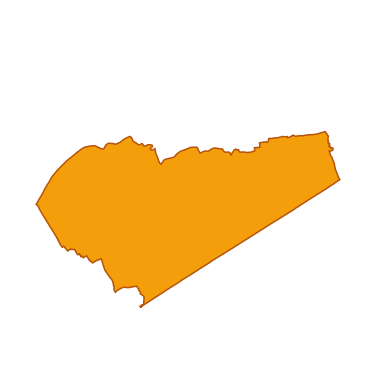 the district of Hua Sai, Nakhon Si Thammarat, Thailand, rotated 66°
{"feature_id": "78962969B3746185944744", "entity_name": "Hua Sai", "entity_type": "district", "adm_level": 2, "iso_a3": "THA", "parent_name": "Thailand", "parent_adm1": "Nakhon Si Thammarat", "projection": "robinson", "projection_center": [100.249, 8.028], "detail": "fine", "context": "isolated", "style": "filled", "palette": "amber", "viewbox_px": 384, "rotation_deg": 66, "n_neighbors": 0, "source": "geoboundaries", "source_scale": "gbopen_adm2", "svg_char_len": 5869}
<svg xmlns="http://www.w3.org/2000/svg" viewBox="0 0 384 384"><g transform="rotate(66 192 192)"><path d="M140.0,339.3L140.1,339.2L140.4,339.2L141.2,338.7L142.8,338.3L145.3,338.4L149.0,338.0L152.7,337.6L161.1,336.4L165.5,335.9L169.5,335.3L171.2,335.0L175.5,334.5L179.2,333.9L179.2,334.1L182.3,333.7L182.3,334.0L185.5,333.5L185.6,333.8L186.6,333.7L189.8,332.9L189.4,331.2L193.9,330.0L194.1,329.9L195.4,329.5L194.5,326.2L195.4,325.8L196.1,324.0L196.5,322.9L197.8,322.4L198.0,322.2L198.6,322.0L198.8,322.6L202.8,322.0L202.8,321.9L202.6,320.0L204.2,319.7L204.2,320.0L206.2,319.7L206.1,318.3L207.8,318.1L207.4,314.3L210.8,313.8L211.3,313.7L211.3,313.8L211.5,313.8L213.6,313.2L213.6,312.6L215.2,312.2L215.6,312.0L216.3,311.8L216.2,311.0L215.7,305.5L215.8,305.4L216.0,305.3L215.9,302.1L220.1,302.5L221.7,302.8L224.9,303.1L226.0,303.2L227.9,303.4L237.3,301.6L238.6,301.1L240.5,300.8L241.8,301.0L243.4,301.0L243.9,301.1L244.8,301.7L245.2,301.8L245.9,301.7L246.9,301.7L247.6,302.1L248.1,302.4L249.8,303.1L250.0,303.1L250.5,302.9L250.8,302.8L251.5,302.8L252.0,302.9L252.5,302.7L252.1,301.9L251.6,300.3L251.3,298.4L251.1,294.8L251.1,294.0L251.2,293.4L251.8,292.0L253.2,289.6L253.6,288.7L255.3,281.4L255.4,281.1L256.0,280.9L257.9,280.6L258.3,280.5L258.9,280.1L259.2,280.0L259.6,280.2L260.1,280.5L260.5,280.6L260.9,280.5L261.4,280.2L262.7,279.9L263.0,280.0L263.5,280.6L264.7,280.3L265.3,279.8L266.4,279.0L267.2,278.8L267.8,278.4L268.0,278.4L268.8,278.9L269.9,279.0L270.7,279.7L272.1,280.3L272.9,281.0L274.1,281.3L274.6,281.6L274.8,281.8L275.0,282.3L275.0,282.7L274.8,283.4L274.8,283.7L274.8,284.1L275.2,285.0L275.2,286.0L275.4,286.1L276.0,285.9L276.3,285.8L276.5,285.4L276.2,285.4L276.0,284.1L275.8,283.6L270.6,251.2L269.2,241.2L268.8,239.6L268.7,238.0L268.3,236.8L268.1,235.5L267.8,233.3L267.7,232.1L267.4,230.4L267.1,227.7L266.7,225.9L266.5,223.6L265.1,214.6L263.4,203.2L263.2,203.1L263.0,201.8L261.2,188.3L260.0,179.7L256.1,153.0L253.2,133.4L252.5,128.5L251.8,123.0L249.4,105.8L249.1,104.4L248.8,103.1L248.6,100.9L248.1,98.4L247.3,93.0L247.0,91.7L246.3,86.4L246.0,84.2L245.6,81.9L245.4,80.5L245.0,78.4L245.0,77.5L243.6,67.9L242.9,64.1L242.1,58.7L241.7,57.2L241.6,56.2L241.3,55.5L241.3,54.7L241.0,53.2L241.0,52.4L240.9,51.9L239.1,52.2L237.4,52.1L229.6,51.8L228.1,51.5L226.4,51.0L225.0,50.8L222.4,50.3L219.2,50.3L217.4,50.1L216.9,50.1L215.9,50.5L214.9,50.5L213.7,50.4L211.8,50.1L210.2,50.1L210.4,49.6L211.0,48.9L211.1,48.5L211.1,48.2L211.0,46.9L210.8,46.3L210.6,45.9L210.4,45.7L210.0,45.5L208.9,45.6L208.7,46.1L208.4,46.3L208.5,47.0L208.1,47.5L207.9,47.5L207.6,47.3L207.5,47.5L207.0,47.5L206.6,48.2L206.5,48.3L206.4,48.3L206.3,48.0L206.1,47.6L205.8,47.9L205.6,48.0L205.3,47.4L205.1,47.2L204.5,47.4L204.3,47.3L204.2,47.1L204.4,46.8L204.3,46.7L204.1,46.7L203.9,46.6L203.7,46.6L203.5,46.9L203.2,47.1L203.1,47.3L202.9,47.3L202.7,47.5L202.3,47.6L202.1,47.2L201.9,47.1L201.7,47.3L201.4,47.2L201.2,47.1L200.9,46.8L200.5,46.9L200.3,46.6L199.9,46.6L197.7,45.7L196.8,44.8L196.2,44.7L195.7,45.0L195.3,45.2L193.1,45.3L191.3,45.7L190.9,46.1L190.8,46.3L190.8,48.0L190.6,49.4L190.2,50.9L190.1,52.9L189.7,54.9L189.3,56.3L189.2,56.7L189.1,57.1L188.7,58.2L188.6,58.9L188.1,59.7L187.8,60.5L187.8,61.0L187.6,61.2L187.1,62.5L186.9,62.7L185.9,66.8L185.7,68.1L185.1,68.9L184.0,71.9L183.8,72.6L183.3,74.6L183.0,74.8L182.5,75.7L181.8,75.7L181.2,76.9L181.1,77.8L181.2,78.0L181.4,78.1L181.6,78.2L181.6,78.6L181.5,82.4L181.3,82.5L180.1,82.4L180.0,82.5L179.8,83.1L179.6,84.1L179.2,84.7L178.8,85.8L178.0,86.9L177.9,87.4L177.9,88.1L177.8,88.6L177.5,90.2L177.4,91.0L177.1,92.3L176.9,93.1L176.6,93.4L175.9,95.6L175.8,96.2L175.2,98.3L174.4,99.8L174.4,100.0L174.6,100.3L175.8,101.2L176.5,101.7L177.1,102.4L177.2,102.7L177.1,103.3L177.0,103.5L176.2,104.0L176.1,104.9L175.5,106.6L174.5,110.3L178.8,111.7L178.4,113.0L176.9,116.9L180.0,117.9L179.8,119.3L179.5,122.1L179.1,123.4L177.9,126.5L177.4,127.3L176.9,127.5L176.8,127.8L175.6,130.5L175.3,131.6L174.5,132.4L172.3,132.3L172.1,132.5L171.9,132.8L171.8,133.5L171.6,134.3L171.4,134.4L170.6,134.6L170.6,135.6L170.7,136.2L173.9,141.3L171.6,141.3L171.1,141.6L170.5,142.3L169.9,143.5L169.1,145.7L168.8,146.0L166.6,146.5L165.2,146.7L164.7,147.1L164.4,147.7L164.1,148.6L163.8,149.3L163.3,150.0L162.5,150.9L161.0,153.5L160.7,154.5L160.7,155.3L160.7,157.2L161.2,159.5L161.2,160.3L160.9,161.6L159.9,163.0L159.8,163.7L159.7,165.3L159.8,168.3L159.7,168.6L159.4,168.9L158.8,169.0L157.4,169.0L155.7,169.2L155.2,169.1L154.8,169.0L154.2,169.1L153.9,169.2L153.2,169.2L152.4,170.7L150.8,174.6L150.7,175.8L150.6,179.2L150.5,181.4L150.2,184.4L150.2,186.1L150.4,187.5L151.0,190.2L151.2,190.7L151.7,191.8L152.6,193.4L152.8,194.3L152.8,194.6L151.2,203.6L151.2,203.9L151.5,204.6L153.5,208.0L154.0,209.0L152.0,209.8L150.6,209.8L145.8,209.4L141.9,209.3L140.5,209.0L137.3,208.2L137.4,209.8L137.6,210.8L137.4,211.6L137.3,211.9L137.2,212.0L136.4,212.5L136.0,212.6L135.8,212.6L135.6,212.5L135.2,212.1L134.8,210.5L134.5,209.8L134.3,209.6L133.9,209.4L133.6,209.4L133.1,209.5L132.7,209.8L131.6,211.2L131.0,212.9L130.9,213.6L131.0,215.5L130.9,216.8L130.8,217.0L130.5,217.2L128.2,217.6L127.7,217.8L127.5,218.1L127.4,218.7L127.5,220.9L127.4,221.2L127.2,221.7L124.5,223.0L121.9,225.1L121.2,225.2L119.2,225.1L117.7,225.1L117.1,225.4L116.1,226.0L115.9,226.2L116.0,228.2L115.8,230.5L116.4,234.0L117.0,236.1L117.4,238.1L117.3,239.0L117.3,240.2L117.3,242.3L117.2,242.6L116.8,243.1L116.2,243.6L115.9,244.0L114.8,246.1L113.7,247.7L113.5,248.2L113.6,249.1L113.9,251.1L114.2,251.7L114.4,252.1L116.5,254.7L116.6,255.1L116.7,255.5L116.4,256.1L115.4,257.4L112.5,260.0L110.8,261.4L110.5,261.7L110.0,262.5L109.3,264.3L108.6,266.3L107.5,271.1L107.5,272.8L107.8,275.5L108.2,277.5L109.2,281.4L111.3,288.9L112.0,291.9L112.7,294.2L116.1,303.0L117.4,306.2L119.9,311.3L121.7,314.6L124.6,318.4L126.6,321.4L130.0,326.2L131.6,327.9L133.1,329.9L136.4,334.6L140.0,339.3Z" fill="#f59e0b" stroke="#b45309" stroke-width="1.5"/></g></svg>